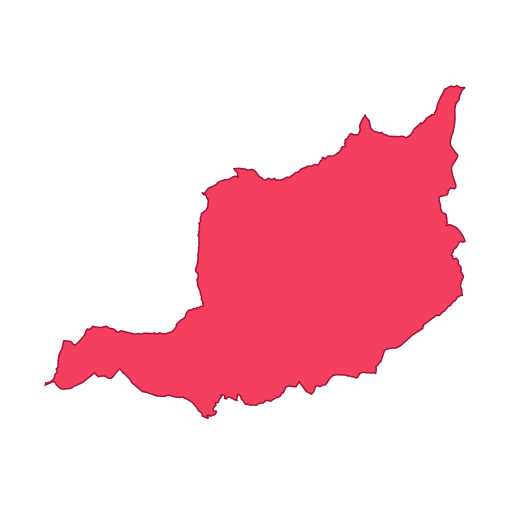 the district of San Miguel, Bolivar, Ecuador, rotated 177°
{"feature_id": "8360857B61039226108204", "entity_name": "San Miguel", "entity_type": "district", "adm_level": 2, "iso_a3": "ECU", "parent_name": "Ecuador", "parent_adm1": "Bolivar", "projection": "robinson", "projection_center": [-79.097, -1.812], "detail": "fine", "context": "isolated", "style": "filled", "palette": "rose", "viewbox_px": 512, "rotation_deg": 177, "n_neighbors": 0, "source": "geoboundaries", "source_scale": "gbopen_adm2", "svg_char_len": 6037}
<svg xmlns="http://www.w3.org/2000/svg" viewBox="0 0 512 512"><g transform="rotate(177 256 256)"><path d="M39.1,413.4L42.6,413.2L46.5,415.6L48.1,414.8L50.1,414.6L51.6,415.4L54.1,414.9L56.0,413.7L58.8,412.7L65.9,400.1L67.3,396.3L67.7,394.0L70.7,388.1L71.6,387.7L73.3,388.0L74.1,386.7L75.1,386.6L78.2,385.0L82.3,379.9L84.6,380.3L86.7,378.1L90.8,375.1L95.0,369.1L99.4,366.3L104.0,368.0L107.0,367.7L117.4,368.7L119.8,370.2L121.9,370.7L124.3,372.9L126.3,372.1L128.8,373.6L131.4,374.1L134.7,377.4L135.9,385.0L139.4,389.8L139.7,391.5L140.3,389.6L141.5,388.5L143.4,385.6L145.4,381.6L145.7,378.9L145.3,376.2L147.1,372.7L148.0,371.8L150.5,371.8L152.7,372.0L154.0,373.2L155.7,372.9L159.0,368.3L160.8,367.4L161.1,365.4L160.5,364.5L161.7,363.7L161.0,362.1L161.0,361.2L161.6,360.7L163.5,360.6L164.6,360.0L165.4,359.0L165.0,357.9L168.3,354.9L169.4,354.6L170.0,353.8L172.5,352.4L174.5,351.7L175.6,351.6L176.9,352.1L179.2,351.8L181.6,349.2L182.5,349.3L183.0,350.7L184.5,350.9L185.2,348.3L186.6,347.7L188.4,344.5L189.4,343.7L190.5,343.6L192.4,344.4L195.9,342.9L199.9,343.1L201.8,341.7L203.3,341.6L206.8,340.2L209.5,337.5L211.3,337.4L212.8,336.8L214.8,334.9L216.7,334.3L217.9,332.8L221.1,333.1L223.9,331.6L227.7,330.4L230.0,330.9L232.1,330.6L233.2,332.5L237.3,331.4L238.6,332.8L240.0,333.0L242.4,331.2L243.4,331.3L245.0,332.2L246.2,333.9L248.3,334.8L252.4,340.8L253.9,342.0L255.9,342.7L259.8,342.0L261.8,343.2L267.7,344.4L273.4,344.4L272.7,343.0L270.3,340.2L269.7,335.7L271.8,336.8L273.4,336.6L275.2,336.1L278.9,333.9L283.1,333.8L288.0,332.4L289.9,331.6L292.7,329.0L300.2,326.0L304.2,321.2L306.1,321.7L305.2,320.0L303.3,319.9L302.7,319.3L302.0,316.4L300.9,314.7L300.8,312.5L301.2,311.2L301.4,308.7L302.0,306.7L303.7,304.0L305.5,303.3L306.6,302.0L307.6,301.9L308.2,301.4L308.6,298.9L309.6,297.0L309.6,292.8L311.4,291.7L310.7,289.3L311.4,287.1L311.0,285.2L312.0,283.1L311.6,281.4L312.9,279.9L311.8,276.8L312.3,272.6L312.1,270.0L312.8,267.8L313.2,262.8L314.0,261.0L313.9,257.5L314.4,253.6L315.5,249.5L317.2,246.0L316.8,243.5L314.6,241.3L315.0,238.5L314.8,237.5L316.2,235.4L315.7,231.7L315.8,230.1L315.2,227.7L313.7,224.1L313.4,221.0L312.5,218.5L312.9,215.8L311.5,212.9L311.5,209.0L314.6,208.1L316.3,207.1L317.6,207.6L318.8,206.5L320.6,206.8L324.0,205.5L325.3,205.6L327.1,204.6L328.8,202.2L330.2,198.1L334.4,195.9L337.8,193.2L339.3,191.5L339.0,190.3L339.3,189.6L342.6,185.7L344.1,184.8L350.8,183.0L353.8,183.1L355.6,184.2L356.5,184.3L357.5,183.6L358.9,183.4L361.2,184.0L361.7,184.6L363.1,183.9L367.6,184.4L368.2,184.0L368.7,184.6L369.7,184.4L371.6,184.9L372.3,184.9L373.4,183.9L375.4,184.1L377.2,184.8L380.8,184.2L394.7,188.4L397.4,187.1L398.2,187.1L398.8,187.4L399.5,188.6L402.6,190.8L406.4,191.6L407.9,193.0L410.0,193.8L410.7,193.4L414.4,192.7L420.5,193.5L422.7,194.4L425.2,191.7L426.7,191.5L428.2,192.0L429.2,190.9L431.4,185.9L435.3,181.6L439.4,177.8L441.0,176.8L442.0,176.7L443.5,177.6L444.5,179.6L445.6,180.5L452.4,181.4L454.8,172.9L456.4,170.8L458.0,166.7L458.9,162.8L459.5,155.6L461.4,153.3L460.5,151.3L460.8,150.4L463.0,148.0L463.7,145.3L464.5,143.8L468.2,140.7L469.9,140.7L471.2,140.0L472.6,140.3L473.2,138.1L465.1,141.2L463.5,140.7L462.3,138.0L458.2,133.9L457.2,133.5L455.1,133.1L448.7,133.4L446.8,133.9L444.0,135.9L442.3,136.0L440.9,136.9L438.3,137.7L435.3,139.1L423.5,147.7L420.0,143.9L414.2,144.2L412.7,143.7L410.0,141.7L407.1,141.5L405.4,142.6L402.0,146.7L398.0,150.6L395.2,147.1L395.3,146.4L392.3,144.3L391.2,142.6L388.3,139.5L386.4,135.8L376.6,126.6L371.9,125.4L362.6,121.5L354.6,120.6L352.0,121.4L349.0,121.6L347.6,120.5L343.3,119.2L339.2,118.7L336.4,119.2L335.5,118.1L331.7,116.3L327.4,113.3L323.0,107.7L321.4,104.4L319.7,103.4L318.4,101.8L317.8,100.5L318.0,99.1L317.7,98.8L312.5,96.4L312.1,97.1L313.1,99.1L312.8,99.6L311.5,99.8L311.0,98.7L309.5,98.5L306.0,99.6L304.5,100.6L303.6,102.9L306.1,103.6L306.8,104.6L306.9,105.7L303.8,109.4L304.4,110.7L303.9,111.8L302.3,111.4L301.1,112.3L300.0,115.1L297.8,117.3L298.6,118.7L297.9,118.9L294.7,118.7L294.4,117.4L294.9,115.6L293.3,114.8L292.7,115.7L290.5,116.5L289.5,116.4L285.3,113.8L282.6,112.7L282.7,114.5L281.2,118.9L278.7,117.0L278.0,113.5L276.0,111.9L275.4,110.1L274.1,108.2L272.6,108.5L269.5,107.4L265.0,107.3L263.6,106.8L261.5,108.3L256.1,109.1L254.9,110.0L254.5,110.9L251.6,111.2L249.8,110.3L248.9,110.3L243.9,113.2L242.4,113.7L241.3,113.5L238.6,115.4L237.5,117.8L236.2,117.8L235.8,118.1L232.9,123.8L231.3,124.0L230.7,124.6L223.1,123.2L219.4,128.1L212.8,118.0L207.9,115.2L206.0,116.8L204.3,119.9L203.3,122.9L201.7,123.2L198.9,122.2L196.0,123.7L193.7,123.6L191.9,125.3L188.9,129.7L185.3,132.7L181.8,133.2L173.3,132.5L170.6,131.4L168.4,131.2L167.2,130.6L164.8,130.2L162.3,128.9L160.8,129.6L158.4,133.4L155.7,134.1L153.7,134.3L152.1,133.5L149.0,133.6L147.0,132.9L145.1,133.6L142.7,132.4L142.0,135.2L141.9,138.1L142.2,138.8L139.0,142.0L138.5,143.0L137.0,143.7L132.9,154.2L131.7,155.7L126.5,156.9L120.6,156.8L115.9,159.2L104.1,168.8L93.2,174.9L93.4,176.0L92.3,177.1L92.8,178.1L78.5,187.6L76.9,186.9L75.7,187.3L73.2,189.9L70.7,191.1L66.7,195.5L64.5,196.4L61.9,199.7L59.3,201.2L57.9,202.8L57.9,203.8L53.6,205.9L52.0,205.9L52.5,209.4L52.2,211.5L53.5,215.1L52.5,219.2L50.2,223.8L49.9,225.5L51.2,227.1L51.3,228.4L52.7,229.6L51.9,230.7L51.8,233.9L54.4,237.4L54.5,238.1L54.0,239.4L54.9,241.6L56.3,243.4L58.1,242.7L59.8,243.3L59.5,245.4L60.0,246.1L61.0,246.5L60.4,247.4L59.9,249.2L59.0,249.7L58.7,251.6L55.5,254.1L52.1,259.6L50.7,259.8L48.4,258.9L46.5,259.7L47.0,261.7L48.8,266.1L51.9,270.9L53.9,273.3L55.1,274.3L60.8,277.2L61.8,277.2L63.2,276.4L64.4,276.8L63.4,278.8L63.6,283.3L63.4,284.2L63.8,284.7L63.9,287.1L64.5,288.0L67.5,289.5L68.9,292.6L69.3,294.2L69.0,297.2L70.0,300.6L70.3,303.3L69.8,305.0L68.9,305.9L62.1,307.0L61.1,308.4L60.6,310.8L58.5,313.5L55.6,313.2L54.5,312.7L53.7,313.1L52.8,314.5L52.8,316.9L55.4,325.9L56.3,332.5L55.8,335.3L50.3,343.0L49.1,346.1L51.7,349.3L55.6,355.8L56.2,358.5L56.0,360.3L54.6,365.2L52.7,369.6L50.5,379.1L50.0,383.6L49.8,392.2L48.4,397.5L45.1,401.6L44.2,405.6L42.5,408.5L41.9,410.3L38.8,413.0L39.1,413.4Z" fill="#f43f5e" stroke="#9f1239" stroke-width="1.5"/></g></svg>